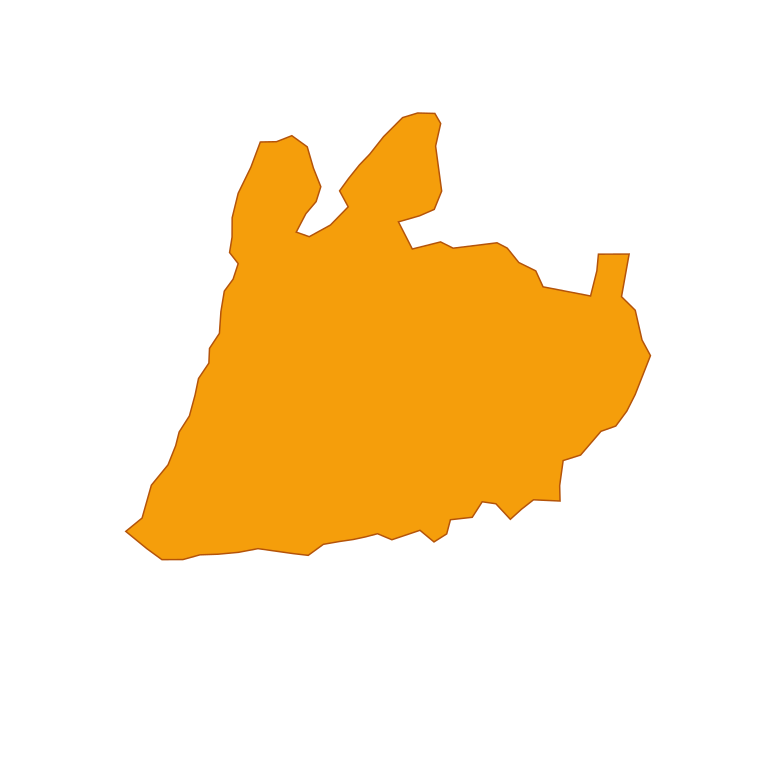 São Pedro das Missões, Rio Grande do Sul, Brazil (Natural Earth projection), rotated 29°
{"feature_id": "56859067B26202031043792", "entity_name": "São Pedro das Missões", "entity_type": "district", "adm_level": 2, "iso_a3": "BRA", "parent_name": "Brazil", "parent_adm1": "Rio Grande do Sul", "projection": "natural_earth1", "projection_center": [-53.242, -27.782], "detail": "fine", "context": "isolated", "style": "filled", "palette": "amber", "viewbox_px": 768, "rotation_deg": 29, "n_neighbors": 0, "source": "geoboundaries", "source_scale": "gbopen_adm2", "svg_char_len": 1334}
<svg xmlns="http://www.w3.org/2000/svg" viewBox="0 0 768 768"><g transform="rotate(29 384 384)"><path d="M162.5,259.1L164.0,287.9L170.6,312.2L179.9,329.2L185.2,343.9L198.1,349.4L201.2,365.5L199.3,380.2L206.2,399.6L215.5,419.5L214.1,437.4L220.7,450.6L219.1,469.1L224.1,485.2L229.3,506.3L228.1,525.3L231.7,538.9L234.3,559.4L229.6,585.3L237.4,618.5L229.6,638.1L256.5,643.0L274.9,645.3L293.3,635.0L305.9,622.6L321.4,613.3L338.3,601.8L353.6,589.1L386.7,576.4L400.8,570.6L408.7,553.6L421.6,543.2L432.5,534.9L441.8,526.8L450.9,518.1L466.4,516.4L486.4,494.5L504.3,497.9L511.5,484.7L507.9,470.5L525.8,457.8L527.0,439.4L539.9,434.5L560.1,441.1L564.9,427.0L570.9,412.8L594.7,401.0L586.9,387.7L577.8,364.1L590.4,350.8L596.7,320.2L607.1,308.4L609.5,290.0L608.8,271.5L603.3,230.0L588.3,220.4L568.0,197.7L549.4,192.5L535.4,151.5L508.6,166.5L515.3,181.8L522.0,206.9L476.0,221.9L461.9,211.5L443.0,212.4L425.9,205.4L414.4,205.7L378.6,231.7L364.6,232.3L343.3,252.2L318.0,235.2L333.6,219.6L343.3,206.9L340.9,187.3L313.8,150.9L307.3,128.7L297.3,122.7L282.0,130.7L271.1,142.0L263.7,167.9L260.1,189.9L256.3,204.3L253.4,221.3L251.5,236.6L266.8,246.4L260.1,270.9L247.2,291.4L233.6,293.7L233.1,272.9L236.2,257.4L233.1,242.1L217.6,229.4L201.9,213.8L183.0,211.5L172.5,224.2L158.5,232.3L162.5,259.1Z" fill="#f59e0b" stroke="#b45309" stroke-width="1.5"/></g></svg>